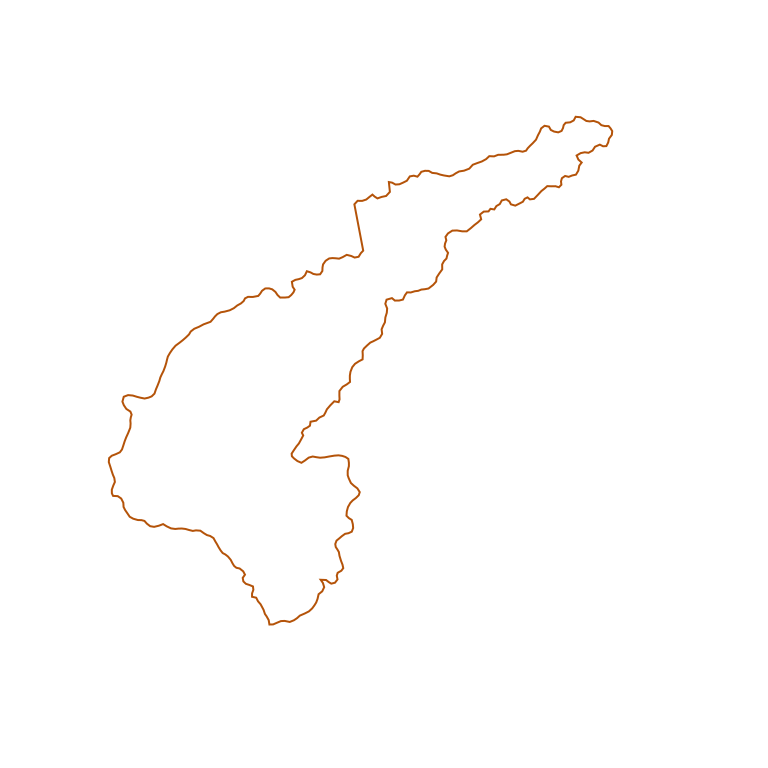 the district of Pai Pedro, Minas Gerais, Brazil, rotated 73°
{"feature_id": "56859067B12546886236538", "entity_name": "Pai Pedro", "entity_type": "district", "adm_level": 2, "iso_a3": "BRA", "parent_name": "Brazil", "parent_adm1": "Minas Gerais", "projection": "robinson", "projection_center": [-43.166, -15.349], "detail": "fine", "context": "isolated", "style": "outline", "palette": "amber", "viewbox_px": 768, "rotation_deg": 73, "n_neighbors": 0, "source": "geoboundaries", "source_scale": "gbopen_adm2", "svg_char_len": 5702}
<svg xmlns="http://www.w3.org/2000/svg" viewBox="0 0 768 768"><g transform="rotate(73 384 384)"><path d="M264.8,282.4L261.3,282.2L258.7,278.8L257.3,273.8L258.5,269.3L260.8,264.7L262.2,260.2L260.3,255.3L258.4,251.1L256.9,247.0L254.9,242.9L250.0,242.7L248.3,238.2L249.5,233.6L247.6,231.0L249.3,227.5L246.7,224.5L245.8,220.7L242.9,217.7L243.1,213.1L246.2,210.7L249.3,210.1L251.8,206.3L251.0,201.6L250.3,197.9L248.0,195.3L247.5,192.2L250.1,190.5L250.8,186.4L248.3,181.9L245.5,177.1L244.1,173.5L242.5,170.0L243.8,166.4L245.0,162.2L247.0,159.2L245.3,156.1L242.0,155.5L239.2,153.7L238.0,150.0L239.9,146.8L239.6,143.1L239.9,139.2L236.8,135.8L232.3,133.4L230.0,130.2L226.2,132.5L221.8,133.0L220.7,128.4L221.1,124.3L222.7,120.8L221.7,116.3L218.8,112.8L218.2,107.6L220.7,105.0L221.5,101.8L218.6,99.0L215.2,97.1L212.4,93.3L208.9,91.8L205.8,92.6L203.0,93.8L201.9,97.4L200.0,100.5L196.7,102.4L193.7,106.6L193.0,110.6L191.6,113.6L189.2,115.6L186.4,118.0L184.5,122.6L187.4,125.5L188.2,129.4L187.3,133.9L189.0,136.5L191.6,138.0L193.9,140.2L194.3,143.8L192.3,147.6L189.8,150.2L186.1,151.0L184.0,155.0L185.5,159.0L188.2,161.1L191.1,164.0L194.8,167.2L197.3,171.5L198.9,174.7L200.6,177.7L202.4,179.9L202.4,183.5L200.3,187.4L199.6,190.8L200.0,195.6L200.3,199.3L199.7,202.7L198.2,207.8L198.5,212.2L196.9,216.7L198.8,220.6L199.8,225.4L200.0,230.4L200.3,235.0L203.0,239.5L203.4,245.1L202.7,250.0L203.5,253.9L204.5,257.1L204.5,260.8L202.1,265.7L200.2,269.0L198.0,272.0L196.2,276.2L193.3,278.9L192.1,282.5L192.0,286.3L193.8,288.6L195.5,291.4L193.5,294.6L193.0,298.6L196.3,302.7L197.0,306.8L197.5,310.9L196.6,314.7L193.8,317.4L192.3,320.3L196.9,321.2L202.0,322.2L204.8,327.0L204.4,331.6L204.6,336.0L202.1,338.1L199.5,339.7L200.8,343.1L202.4,347.0L202.5,351.3L201.1,355.7L203.5,359.8L250.4,364.9L252.1,367.9L254.9,371.1L254.5,375.1L252.0,377.9L249.6,381.9L250.6,386.5L251.0,390.3L249.7,393.3L248.5,396.5L247.9,399.7L249.1,403.8L251.8,407.3L254.5,408.7L257.9,409.9L260.4,413.0L259.7,416.3L258.1,419.4L255.8,421.6L253.6,424.8L256.9,427.8L258.7,431.5L258.8,434.9L258.5,438.3L259.3,442.2L264.3,442.9L267.7,441.9L269.9,443.8L271.8,446.7L273.1,449.8L272.4,453.2L271.0,458.0L267.8,459.8L264.2,460.9L260.8,463.2L259.0,465.9L257.9,469.6L259.2,473.4L261.4,476.0L263.0,478.5L262.4,484.0L260.9,488.6L261.5,491.9L263.6,493.9L265.1,497.2L266.0,501.4L267.6,505.4L268.4,510.0L268.2,515.3L267.7,519.0L268.4,522.9L270.0,525.9L271.7,528.3L273.8,531.7L274.2,539.1L275.2,544.2L275.7,549.3L277.3,553.5L279.6,556.0L281.7,560.1L283.3,563.7L284.7,567.3L286.4,572.1L289.0,576.2L291.7,579.6L294.6,582.7L297.3,584.4L299.9,585.9L303.2,588.1L307.2,591.2L309.9,593.8L312.4,596.0L315.5,598.0L319.4,601.1L322.5,603.7L326.1,606.3L327.9,609.8L328.2,613.2L327.9,617.2L325.8,621.1L324.1,623.9L321.6,627.6L319.8,632.0L320.1,636.6L324.4,639.3L328.2,639.0L332.5,637.7L336.2,634.6L339.5,634.3L341.9,635.9L344.5,637.2L347.7,637.9L351.6,639.4L356.1,643.0L359.7,646.2L362.9,648.7L366.5,651.2L370.0,653.7L372.1,656.6L372.7,661.0L373.0,665.3L374.5,668.5L378.2,670.0L383.2,669.9L387.5,669.9L391.5,669.8L395.1,669.4L399.0,670.0L402.0,672.6L405.5,675.2L409.0,676.2L411.8,675.8L413.4,671.4L416.7,668.8L421.3,668.0L425.5,669.0L428.9,668.4L432.7,667.2L436.6,666.0L439.5,663.2L442.1,659.2L443.3,655.7L444.9,653.1L448.2,651.6L451.6,649.2L453.4,645.6L453.7,640.8L453.4,636.2L456.6,633.4L459.8,629.9L461.6,626.0L462.2,622.9L463.1,619.6L464.6,616.2L466.7,613.0L468.6,609.8L469.0,606.6L470.6,602.5L474.0,599.9L476.7,597.5L478.5,594.7L481.5,592.1L485.4,591.3L488.5,590.5L491.6,589.9L495.4,588.9L498.5,587.7L500.6,585.6L503.3,583.7L507.3,582.0L511.2,581.3L514.2,580.5L516.6,578.9L518.2,576.0L522.0,573.4L525.7,572.7L528.1,575.8L531.7,576.2L534.7,574.5L536.9,571.4L539.3,568.5L542.6,569.1L545.7,571.4L548.9,572.4L551.0,568.7L555.0,568.0L558.6,566.4L564.7,565.2L569.1,565.1L571.9,564.2L576.1,563.3L580.5,563.9L581.5,560.3L581.0,555.9L580.6,551.9L581.5,548.3L584.0,543.7L583.6,539.2L582.5,535.6L580.9,532.2L580.3,526.9L579.5,522.3L577.6,518.3L575.2,515.1L573.1,512.7L570.1,510.4L565.9,508.0L564.2,503.7L560.8,500.6L556.4,500.6L552.7,501.8L554.5,496.7L557.2,494.8L559.5,492.8L559.7,489.0L557.3,485.6L553.5,485.2L551.0,483.5L550.1,479.4L548.2,476.8L544.6,476.5L540.7,476.8L535.3,476.8L531.5,476.3L528.5,477.0L525.8,477.8L522.8,477.4L519.9,475.2L518.6,472.0L517.2,468.8L515.9,465.0L516.3,461.6L515.8,458.0L512.7,455.6L508.9,454.8L504.5,454.6L502.0,456.8L499.0,458.4L494.9,456.8L491.1,454.4L487.9,451.0L486.2,448.0L484.8,444.2L483.0,440.7L480.3,438.8L476.0,440.0L472.4,442.6L469.0,444.6L463.8,445.3L460.7,445.4L456.4,444.1L452.3,441.6L449.1,440.6L445.2,440.0L442.5,442.2L440.5,445.0L438.9,448.4L438.0,452.4L437.3,457.6L436.8,462.2L435.8,466.7L434.2,470.1L432.5,473.4L432.4,477.5L434.1,482.1L435.2,486.0L432.4,489.3L428.9,491.8L426.2,493.2L423.6,492.7L421.0,489.6L418.1,486.0L416.0,482.8L413.0,479.7L409.6,476.3L406.6,476.8L403.8,473.9L403.2,470.0L402.2,467.0L398.6,465.3L399.2,459.6L397.2,455.6L396.5,450.8L394.2,448.4L391.5,446.0L388.7,441.6L386.0,436.6L388.1,432.7L385.7,431.0L382.2,430.1L377.7,428.7L374.6,424.3L373.5,419.7L372.1,415.9L368.9,415.1L366.0,414.2L362.5,412.5L358.6,409.4L356.2,405.8L354.9,401.2L354.2,397.3L350.3,395.9L346.3,394.9L344.2,392.8L342.2,388.9L340.4,385.0L340.0,381.9L339.4,378.6L338.6,374.5L335.5,371.1L331.0,370.3L327.9,367.7L325.3,365.1L320.7,363.2L316.7,360.5L312.7,358.9L307.7,359.3L304.1,356.9L304.2,351.3L307.4,349.2L308.6,345.1L308.8,341.2L305.3,338.1L303.1,335.2L304.3,331.6L304.3,327.4L304.9,324.1L304.6,320.7L305.3,317.2L305.7,313.5L303.6,308.0L301.3,304.2L297.5,302.5L294.4,298.8L291.4,294.8L286.6,293.4L283.9,290.6L282.3,287.6L279.7,286.1L277.3,284.4L273.6,285.6L270.4,285.9L267.6,284.6L264.8,282.4Z" fill="none" stroke="#b45309" stroke-width="2"/></g></svg>